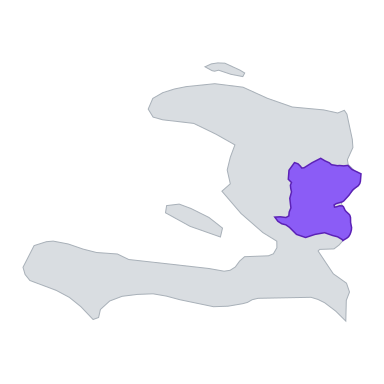 where Centre sits in Haiti
{"feature_id": "HTI-1385", "entity_name": "Centre", "entity_type": "Department", "adm_level": 1, "iso_a3": "HTI", "parent_name": "Haiti", "parent_adm1": "", "projection": "albers", "projection_center": [-71.937, 19.008], "detail": "fine", "context": "in_parent", "style": "filled", "palette": "violet", "viewbox_px": 384, "rotation_deg": 0, "n_neighbors": 0, "source": "natural_earth", "source_scale": "10m", "svg_char_len": 2407}
<svg xmlns="http://www.w3.org/2000/svg" viewBox="0 0 384 384"><path d="M344.3,110.3L346.9,114.1L352.3,139.4L352.9,147.5L347.4,159.7L348.2,164.6L360.0,175.9L360.2,179.9L358.9,184.0L348.8,194.8L341.1,202.1L343.5,210.5L349.8,218.5L350.6,225.2L348.7,234.0L339.1,245.0L334.0,248.9L319.7,249.4L318.1,251.0L325.2,261.7L333.3,273.8L346.5,283.2L349.5,292.0L346.3,300.4L345.8,321.1L335.7,311.1L324.6,302.7L317.9,299.4L311.0,297.3L258.1,298.3L252.2,299.7L247.5,302.4L242.6,303.7L228.0,306.2L213.5,306.7L179.8,299.7L166.4,296.1L153.0,293.8L137.5,294.4L122.1,296.3L109.7,301.0L100.4,309.5L98.6,317.5L93.1,319.5L80.8,306.6L69.4,297.4L56.5,290.5L29.9,280.5L25.1,274.5L23.0,267.3L34.1,245.6L46.4,241.7L53.2,241.1L68.3,244.0L83.1,249.1L96.5,252.5L117.4,254.0L128.7,259.5L208.9,268.5L224.1,271.2L230.1,270.3L235.3,267.0L239.6,261.1L244.6,256.7L268.4,255.8L273.4,253.8L276.9,247.7L276.8,241.2L262.9,232.6L241.1,213.6L221.9,191.2L230.3,183.8L227.2,170.0L230.3,157.3L234.9,144.9L216.0,134.2L193.7,123.4L162.7,119.8L153.1,117.1L148.2,109.1L152.8,98.4L162.9,92.6L174.4,89.0L186.3,86.6L214.8,83.7L243.0,87.2L267.4,98.3L292.2,107.0L323.6,109.9L337.7,113.0L344.3,110.3ZM222.5,228.1L220.4,237.0L190.0,226.3L165.5,212.8L166.6,205.6L179.2,204.1L191.2,208.6L209.0,217.5L222.5,228.1ZM239.9,70.1L244.7,73.0L242.8,76.6L230.9,74.3L218.6,70.2L214.6,71.2L212.1,70.7L205.0,66.8L211.3,63.9L217.8,62.9L224.9,63.2L239.9,70.1Z" fill="#d9dde1" stroke="#a8b0b8" stroke-width="1"/><path d="M347.9,165.4L351.8,169.4L359.5,173.1L361.0,173.8L360.4,181.3L359.8,183.5L358.3,185.7L354.3,188.6L352.5,190.2L349.0,195.2L343.8,200.9L342.3,201.9L336.2,203.6L334.1,204.9L334.5,207.1L336.6,206.8L339.6,205.8L342.4,205.9L343.4,206.7L345.1,210.3L346.2,211.6L348.9,214.1L349.8,215.2L350.5,217.5L350.6,222.6L351.6,227.6L351.4,229.9L350.8,232.2L350.0,234.4L348.6,236.7L346.9,238.1L343.7,240.0L342.9,240.6L342.1,239.5L337.6,236.8L332.6,235.5L328.6,234.1L324.6,232.7L315.0,234.4L305.6,237.5L296.5,234.4L289.4,227.3L285.8,224.8L281.8,223.8L277.9,221.3L274.8,217.1L280.3,216.8L286.0,217.5L288.8,215.9L289.2,212.0L290.9,207.9L290.5,204.6L289.8,198.3L291.5,191.9L290.7,188.2L290.4,185.2L291.5,182.5L288.3,179.3L289.0,170.2L294.5,162.6L298.0,163.8L300.6,166.4L301.7,168.0L304.0,167.8L312.1,162.7L320.7,158.3L324.9,160.8L329.3,162.8L331.5,164.7L334.7,165.2L337.4,165.7L339.6,165.5L343.8,165.9L347.8,165.4L347.9,165.4Z" fill="#8b5cf6" stroke="#5b21b6" stroke-width="1.5"/></svg>